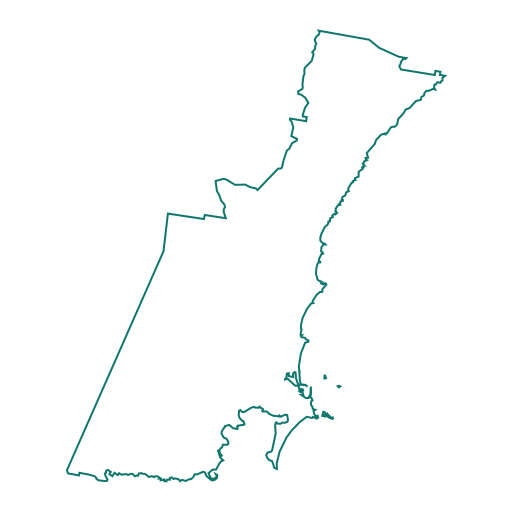 Wollongong, New South Wales, Australia
{"feature_id": "25037944B78024073086928", "entity_name": "Wollongong", "entity_type": "district", "adm_level": 2, "iso_a3": "AUS", "parent_name": "Australia", "parent_adm1": "New South Wales", "projection": "albers", "projection_center": [150.898, -34.342], "detail": "fine", "context": "isolated", "style": "outline", "palette": "teal", "viewbox_px": 512, "rotation_deg": 0, "n_neighbors": 0, "source": "geoboundaries", "source_scale": "gbopen_adm2", "svg_char_len": 6065}
<svg xmlns="http://www.w3.org/2000/svg" viewBox="0 0 512 512"><path d="M298.4,94.1L300.9,94.5L305.1,97.6L308.4,102.8L305.1,107.6L302.7,115.0L303.0,116.4L306.7,117.1L306.1,121.2L290.1,118.5L289.9,119.6L291.6,121.7L293.3,127.4L291.3,136.1L297.0,138.9L296.7,140.6L292.0,143.2L289.3,148.7L286.9,150.6L283.6,160.2L281.9,167.7L280.5,168.6L278.1,168.6L257.5,190.1L255.7,188.3L250.2,187.2L245.2,184.6L235.0,184.8L226.0,179.3L223.3,178.9L215.6,181.0L216.9,191.0L219.4,195.4L221.1,200.6L224.2,204.3L224.8,206.1L225.0,207.1L223.8,209.2L223.7,212.0L225.8,218.2L204.8,215.0L203.9,219.0L167.9,213.6L163.5,251.3L66.9,470.3L68.0,473.4L79.0,475.4L79.4,472.8L88.4,474.5L94.4,476.1L96.2,477.6L96.4,478.9L98.5,480.3L105.3,481.1L106.9,480.9L107.5,479.7L105.3,475.4L105.0,473.4L105.9,473.0L106.2,470.7L107.8,469.9L110.8,471.9L109.4,474.2L112.4,476.2L114.5,472.8L117.9,475.1L119.1,473.2L121.3,474.6L126.2,474.1L128.1,475.0L130.4,473.9L132.4,473.9L135.0,476.3L136.2,475.5L138.0,475.8L138.9,473.5L141.3,473.1L143.0,473.9L145.0,473.9L149.0,477.0L151.7,476.1L154.0,477.1L154.4,476.5L157.6,476.3L159.8,477.9L159.2,478.6L160.8,478.6L160.7,480.3L164.0,479.5L163.7,480.6L164.7,481.3L165.3,480.7L166.5,481.2L166.6,480.1L167.5,479.6L169.9,479.7L169.8,478.0L171.7,477.4L173.5,479.0L175.0,478.4L178.3,479.1L180.2,481.2L182.1,479.8L185.8,481.0L189.1,479.2L191.1,479.1L193.3,477.1L194.7,474.3L197.1,474.4L203.0,471.8L204.6,472.2L206.7,476.2L210.7,479.7L212.1,480.4L214.5,480.0L217.0,478.0L217.3,475.0L215.7,474.1L216.7,476.0L216.3,477.4L213.9,478.8L212.1,478.8L210.7,478.0L208.5,473.2L212.6,469.6L216.0,469.6L219.3,463.6L220.9,461.5L223.2,460.4L220.3,457.6L218.0,450.7L218.4,450.5L219.9,453.5L221.9,456.0L222.3,456.3L220.3,453.8L219.2,450.6L220.8,448.1L222.0,447.5L222.9,444.7L226.8,444.8L228.3,443.9L228.3,441.8L226.5,438.7L223.8,437.6L221.6,433.9L221.6,431.9L223.1,429.2L224.6,427.2L225.5,427.0L224.7,426.9L224.8,426.2L229.2,424.9L233.1,428.2L237.3,429.0L237.8,427.8L237.1,426.6L237.7,425.7L243.9,424.8L244.6,424.0L242.9,420.3L243.1,421.5L239.8,418.3L238.7,415.5L239.0,410.8L240.1,410.3L239.7,409.5L242.0,411.8L243.9,412.2L251.6,407.5L254.5,406.9L255.0,407.6L257.5,407.7L258.5,407.3L258.5,406.6L258.9,407.4L259.6,406.8L259.7,407.4L262.7,408.7L263.0,409.6L262.2,410.8L262.6,411.5L266.1,411.3L268.5,412.8L268.7,413.6L273.0,415.7L279.7,416.5L279.2,416.0L279.3,415.5L280.7,416.6L285.3,414.7L287.2,415.1L288.0,420.2L287.4,421.7L285.0,422.8L282.3,422.6L280.4,423.8L276.9,423.5L276.5,422.7L277.2,421.9L275.7,422.8L275.1,425.7L275.7,433.6L272.1,450.3L271.4,451.5L267.5,452.6L266.3,455.0L267.0,457.4L268.7,459.7L272.2,461.3L274.3,467.8L276.9,469.0L276.7,463.5L279.6,451.6L286.6,437.3L291.4,430.8L299.6,422.2L306.7,416.8L311.7,417.9L312.7,417.7L312.8,417.0L314.5,417.5L315.4,417.0L315.5,417.9L316.7,418.6L317.3,417.4L318.1,417.5L317.6,415.7L315.7,416.0L314.4,414.5L313.5,411.0L315.3,409.8L312.7,408.8L312.4,406.6L311.4,405.6L310.9,403.9L311.2,401.4L312.5,400.5L311.6,398.1L310.4,397.3L311.0,393.5L310.9,386.6L310.2,396.6L309.6,397.1L309.2,396.5L308.5,398.0L305.9,398.0L301.4,395.0L303.3,394.9L302.4,391.9L300.9,392.3L299.8,391.6L303.2,390.5L302.9,389.5L299.6,390.5L299.5,390.2L300.4,389.9L301.2,388.9L300.5,388.4L301.0,389.0L300.4,389.8L299.3,389.6L298.9,386.6L297.1,385.7L295.2,385.7L287.5,378.7L285.0,379.5L285.0,379.1L286.3,377.6L286.9,373.8L288.2,374.5L288.2,373.3L288.8,373.2L288.8,376.0L293.1,377.1L293.1,373.8L294.4,372.0L295.6,372.6L296.0,378.2L297.8,383.7L299.5,384.7L305.3,385.1L307.5,386.6L305.5,384.9L300.9,384.4L299.9,380.8L299.3,372.1L300.5,371.9L299.3,371.7L298.9,365.9L301.0,353.1L305.2,342.6L308.3,341.8L308.4,340.4L305.8,339.2L305.0,337.9L301.4,337.1L300.9,335.7L301.8,335.1L300.7,335.0L300.7,333.1L301.6,329.5L300.9,328.8L301.2,327.3L300.8,325.9L302.6,317.9L307.0,308.9L310.9,303.7L313.4,303.0L312.5,301.8L312.8,300.7L316.5,295.0L319.7,292.1L322.3,291.9L322.3,289.4L326.4,284.5L325.6,283.4L324.7,283.7L323.8,283.1L324.1,283.8L323.1,284.4L321.1,283.4L320.7,281.3L318.9,280.8L317.4,279.1L316.0,273.7L316.4,268.1L317.6,263.7L318.3,262.5L320.3,262.4L320.3,261.8L318.8,260.7L319.2,258.7L321.4,254.1L323.1,253.6L322.5,252.3L321.1,251.4L321.5,247.0L323.4,244.6L325.5,244.5L324.4,243.4L323.0,243.4L320.4,240.8L320.3,237.9L321.3,234.0L324.9,226.9L327.5,224.7L328.5,222.8L328.3,221.8L329.5,221.5L329.2,221.1L330.1,220.3L330.3,218.2L332.8,217.1L332.2,215.9L333.3,214.5L334.5,213.9L335.3,214.5L337.1,212.8L335.4,211.4L335.9,210.6L335.6,208.8L338.1,205.2L340.2,204.8L339.4,203.5L340.5,202.5L340.6,201.3L342.9,200.8L342.9,200.0L341.8,199.3L342.6,196.9L345.2,195.5L346.4,192.1L348.8,191.2L348.2,190.1L348.3,188.4L350.6,184.3L352.0,182.5L353.0,182.3L352.9,181.1L355.4,180.1L354.7,179.4L355.1,178.1L358.6,176.6L358.7,171.7L362.6,169.0L362.1,167.5L363.7,167.3L363.3,165.8L363.5,164.9L364.1,165.1L362.8,163.5L363.6,163.0L363.9,161.6L366.9,160.1L366.1,159.7L365.5,158.1L368.1,157.6L366.7,153.2L374.7,144.0L376.1,140.0L380.9,134.9L383.3,133.9L385.5,134.4L385.4,133.3L387.1,133.2L390.7,127.5L392.4,126.7L394.3,126.9L396.4,125.3L397.2,123.9L398.2,119.1L403.6,113.2L405.6,109.5L409.5,108.1L416.0,101.0L420.8,99.8L421.5,96.8L423.6,95.8L424.3,94.7L424.2,93.4L426.4,90.8L428.3,90.9L433.2,88.9L435.1,89.5L434.0,87.7L434.5,84.5L435.9,84.4L437.4,82.2L440.3,82.8L441.0,81.4L442.5,80.6L442.4,78.0L445.1,75.8L439.9,74.9L440.4,71.8L435.4,70.9L434.8,75.0L400.9,69.5L399.3,66.1L400.7,63.7L400.8,62.1L403.5,58.4L405.1,59.2L406.4,58.1L398.9,56.8L379.1,47.8L369.2,39.7L318.8,30.7L319.6,32.0L319.0,34.4L316.5,36.4L314.8,39.3L314.9,40.7L316.3,43.8L315.3,45.5L315.1,48.7L312.2,52.3L313.3,53.3L313.5,54.6L311.6,61.0L304.9,67.7L304.3,70.1L304.5,73.7L303.5,75.9L302.4,84.7L302.8,86.7L302.5,88.8L298.1,91.4L298.4,94.1ZM324.4,415.5L325.2,415.7L325.1,414.8L326.2,414.4L327.5,416.4L329.2,417.6L330.2,416.5L329.0,415.9L327.2,413.5L325.7,414.1L324.7,412.1L323.3,411.8L322.3,415.9L324.8,416.4L324.4,415.5ZM324.5,375.6L324.5,378.5L326.0,378.2L325.1,375.5L324.5,375.6ZM340.2,386.4L339.0,385.8L337.8,386.1L338.8,387.4L340.2,386.4ZM331.0,418.3L332.5,418.9L333.0,418.1L332.8,417.5L331.0,418.3Z" fill="none" stroke="#0f766e" stroke-width="2"/></svg>